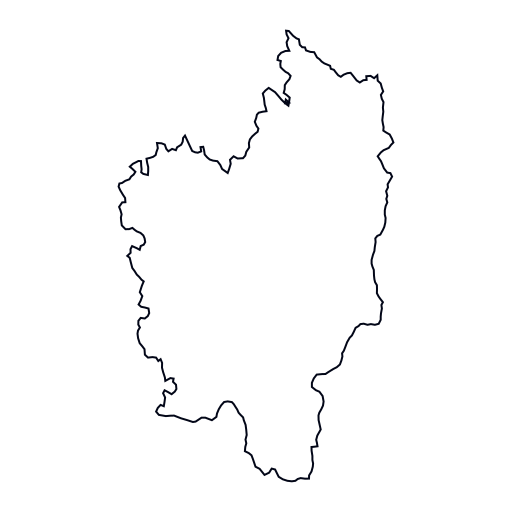 Teixeira Soares, Paraná, Brazil (Robinson projection)
{"feature_id": "56859067B67237420188697", "entity_name": "Teixeira Soares", "entity_type": "district", "adm_level": 2, "iso_a3": "BRA", "parent_name": "Brazil", "parent_adm1": "Paraná", "projection": "robinson", "projection_center": [-50.417, -25.31], "detail": "fine", "context": "isolated", "style": "outline", "palette": "ink", "viewbox_px": 512, "rotation_deg": 0, "n_neighbors": 0, "source": "geoboundaries", "source_scale": "gbopen_adm2", "svg_char_len": 4965}
<svg xmlns="http://www.w3.org/2000/svg" viewBox="0 0 512 512"><path d="M309.0,478.6L309.1,475.4L311.5,471.5L312.8,466.7L313.1,463.5L312.4,460.0L312.4,455.9L311.6,450.8L311.5,447.0L314.5,446.7L317.5,446.3L316.9,442.7L316.2,439.8L317.3,435.6L320.7,429.5L318.6,420.1L318.5,415.4L319.3,412.7L321.2,409.4L323.0,405.6L323.6,401.5L322.6,396.0L319.4,391.7L315.9,390.2L311.9,387.0L311.9,382.8L313.8,378.4L316.7,374.6L321.9,374.1L325.5,374.0L328.3,372.1L333.1,369.1L336.8,367.2L339.9,364.5L341.4,360.5L342.4,356.5L342.1,353.3L343.8,350.8L345.3,347.0L347.1,342.2L349.7,337.7L351.9,335.5L353.8,331.8L355.6,327.8L358.5,326.1L360.4,324.1L363.7,323.7L367.5,324.8L370.9,324.1L374.9,324.8L378.7,323.8L380.7,319.8L380.7,316.6L381.0,313.3L381.9,308.5L381.4,305.0L382.9,302.2L380.4,299.0L378.6,296.5L376.9,293.2L377.0,288.9L376.9,285.2L375.1,282.2L374.4,279.3L374.0,275.6L373.8,269.9L372.4,266.5L371.6,263.6L371.6,259.9L373.0,254.7L374.4,251.0L374.8,247.1L375.6,242.1L375.3,238.4L377.3,235.9L380.3,234.6L382.9,229.9L384.3,226.8L385.3,222.6L385.6,218.0L384.8,214.6L384.8,210.4L385.6,206.2L387.3,202.4L386.3,198.9L387.3,195.8L386.1,191.2L388.0,187.4L387.6,184.3L389.9,180.4L392.1,176.6L390.4,173.1L387.2,172.6L383.9,168.3L382.4,164.5L381.0,161.2L379.4,158.9L377.7,156.3L380.9,152.4L383.6,150.2L388.8,147.9L391.0,144.9L393.4,142.5L391.9,138.6L389.7,134.5L386.0,132.4L383.3,130.6L383.6,127.1L382.9,123.8L382.3,120.1L382.7,116.5L383.3,111.7L382.9,107.6L383.5,102.1L381.8,98.8L380.9,94.9L383.2,91.4L381.9,87.9L380.7,83.5L377.7,80.7L377.3,75.3L374.1,78.2L370.6,75.9L366.3,76.2L366.6,79.9L363.3,80.2L359.8,82.5L356.7,80.5L352.8,75.5L350.6,72.8L347.3,73.2L343.6,74.7L340.8,76.8L338.2,75.3L335.5,72.0L333.9,69.8L330.8,68.8L330.1,65.8L327.0,64.5L324.3,63.4L321.7,61.6L319.5,59.2L317.0,57.4L314.2,52.2L310.3,51.9L306.0,50.4L305.0,47.4L302.2,47.2L299.8,44.8L298.9,39.3L296.5,38.4L293.1,35.8L288.8,31.0L286.1,30.7L286.6,34.4L288.5,38.2L286.6,42.2L287.2,46.1L289.3,50.8L285.4,51.0L281.1,52.8L278.2,56.0L277.5,60.0L280.8,61.0L280.3,63.9L280.6,67.2L283.0,69.6L285.6,71.9L288.1,73.2L290.6,75.9L289.4,79.2L286.6,82.4L284.8,85.1L284.7,89.2L283.7,92.9L286.6,94.9L289.7,97.6L289.0,102.6L288.4,105.7L285.1,103.2L281.4,99.6L278.3,95.9L275.1,92.2L268.7,87.9L265.3,90.6L262.8,93.5L263.9,97.9L264.7,104.7L265.8,108.0L266.5,111.2L262.8,111.7L258.7,112.7L256.9,114.7L256.2,118.0L254.8,121.8L256.4,125.7L258.4,128.6L257.6,131.8L255.4,133.5L252.2,136.4L249.9,139.4L248.9,143.1L249.2,147.5L246.3,151.8L245.3,155.6L243.0,158.2L237.6,158.5L233.6,156.3L230.0,159.8L230.7,163.8L229.1,169.1L227.7,173.0L224.5,170.7L222.1,169.0L220.3,165.0L217.4,161.2L213.0,160.6L209.7,159.5L207.2,157.4L204.7,154.5L204.1,150.4L203.2,146.8L200.5,147.1L201.2,151.4L197.8,152.7L195.1,152.3L192.2,151.0L189.7,145.7L185.0,135.6L183.1,138.0L182.7,141.7L181.2,144.7L177.1,147.3L175.9,150.2L172.1,148.9L168.4,151.3L166.3,148.9L164.8,144.6L161.5,143.3L157.0,143.0L157.8,148.2L156.4,152.1L155.7,155.0L153.2,156.8L149.9,157.9L146.5,158.7L147.2,163.0L148.2,167.0L148.2,171.2L147.9,175.0L143.3,173.9L141.2,172.3L141.6,169.3L141.2,165.7L141.0,161.1L138.4,161.0L135.9,162.3L132.9,163.8L129.8,166.7L132.2,168.7L135.4,171.8L133.7,174.5L131.1,176.6L129.4,179.3L125.3,180.8L122.0,183.0L119.4,183.5L118.6,186.6L120.2,190.2L122.9,194.7L125.1,198.0L125.4,202.2L122.2,202.4L119.1,206.9L120.5,210.4L121.6,214.3L120.9,217.6L121.2,221.3L121.8,225.4L125.5,229.2L129.2,229.1L132.4,227.9L134.6,229.8L136.8,231.4L140.5,232.9L143.3,235.4L144.6,238.4L145.2,242.1L143.7,244.7L140.7,246.0L139.7,249.8L136.8,248.2L132.1,246.1L130.5,249.2L130.6,252.8L127.3,255.9L129.7,257.8L130.8,262.3L132.3,268.0L134.4,270.8L136.8,274.6L139.1,276.8L141.5,279.7L143.7,281.4L141.9,285.7L139.8,292.2L142.3,296.1L140.6,300.8L138.6,304.5L141.2,306.8L144.8,307.5L148.5,308.5L149.2,313.1L147.8,316.1L144.8,318.5L140.7,317.9L138.4,320.8L138.3,324.6L139.9,327.5L138.0,330.6L137.5,333.7L138.1,338.2L139.7,343.2L142.3,346.3L144.5,349.2L144.9,354.7L148.0,357.6L152.5,357.1L156.1,357.6L158.3,361.0L160.6,359.2L162.1,362.9L162.0,367.7L163.1,372.0L164.9,377.5L165.3,380.9L170.4,378.1L173.6,378.6L173.0,381.8L176.0,384.7L176.4,389.0L174.8,391.6L171.6,394.2L167.9,392.0L164.6,390.3L163.1,393.2L165.1,397.5L164.5,402.0L163.8,406.2L160.6,404.9L157.8,407.9L156.1,411.6L158.9,414.9L163.0,415.6L165.8,416.1L170.5,415.7L174.1,415.6L177.4,416.9L181.0,418.3L187.4,420.2L192.9,422.0L195.6,421.6L201.5,417.7L205.4,417.7L211.9,420.2L216.4,416.9L217.0,413.5L218.8,409.2L221.1,405.4L224.1,402.0L227.7,401.4L231.9,402.1L233.8,404.2L235.3,406.6L237.2,409.5L238.6,412.7L240.5,414.8L243.1,417.4L243.8,420.2L245.6,424.9L246.2,429.5L246.7,435.0L245.5,439.6L246.3,443.3L245.3,446.8L244.9,451.2L248.8,453.1L251.5,455.3L252.9,459.0L255.5,466.7L259.6,468.8L264.5,474.9L269.1,472.7L271.7,468.6L275.1,469.5L276.9,473.2L278.7,476.8L282.8,479.3L287.4,480.8L291.8,481.3L295.4,480.8L297.7,479.0L300.6,478.1L305.1,478.7L309.0,478.6ZM289.0,102.6L285.8,99.6L285.1,103.2L289.0,102.6Z" fill="none" stroke="#020617" stroke-width="2"/></svg>